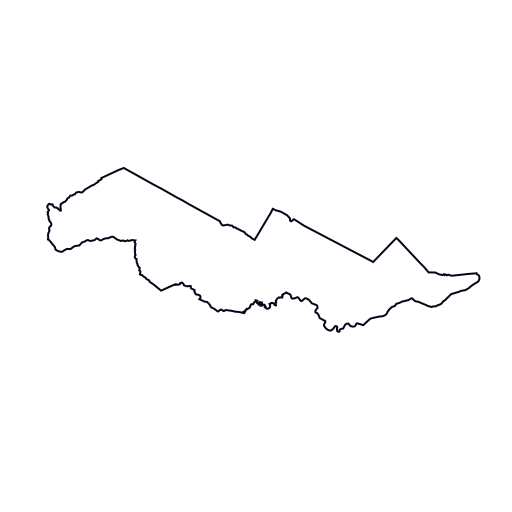 the district of Bakel, Tambacounda, Senegal, rotated 119°
{"feature_id": "50182788B16013842146029", "entity_name": "Bakel", "entity_type": "district", "adm_level": 2, "iso_a3": "SEN", "parent_name": "Senegal", "parent_adm1": "Tambacounda", "projection": "mercator", "projection_center": [-12.18, 14.211], "detail": "fine", "context": "isolated", "style": "outline", "palette": "ink", "viewbox_px": 512, "rotation_deg": 119, "n_neighbors": 0, "source": "geoboundaries", "source_scale": "gbopen_adm2", "svg_char_len": 6095}
<svg xmlns="http://www.w3.org/2000/svg" viewBox="0 0 512 512"><g transform="rotate(119 256 256)"><path d="M342.4,445.9L342.2,445.5L342.5,444.3L345.6,436.4L347.5,434.5L347.7,433.3L347.6,431.2L347.1,429.1L346.2,427.5L344.2,426.6L341.4,424.8L340.2,422.1L339.5,421.4L336.4,420.1L335.6,419.5L334.7,418.7L332.5,415.7L328.2,414.6L326.7,413.1L324.0,411.4L323.5,410.4L323.4,409.2L323.2,408.3L321.3,405.8L319.9,404.7L317.9,404.0L317.6,402.2L318.0,400.2L317.5,399.1L314.8,397.4L312.8,395.2L312.3,394.1L309.4,391.8L308.6,390.8L308.4,389.6L308.8,387.5L308.9,385.2L308.3,381.4L306.8,379.7L306.7,378.0L306.4,377.4L304.6,376.0L304.6,374.9L303.7,373.7L302.1,372.1L300.9,369.1L302.1,369.1L302.7,368.9L303.6,367.3L304.3,367.3L304.7,366.8L305.6,366.7L306.1,366.3L306.6,366.4L307.5,365.8L308.4,365.6L309.1,364.6L310.6,364.3L312.4,362.9L313.1,362.6L313.5,361.8L315.1,361.9L316.3,360.9L316.6,360.1L316.5,359.1L319.8,357.0L320.3,355.9L321.2,355.4L322.5,353.1L322.6,352.2L322.8,351.9L325.0,351.3L325.2,351.1L325.2,350.2L325.9,349.3L327.9,348.9L328.4,348.5L328.4,347.8L327.9,346.1L328.4,345.0L328.6,342.0L329.3,340.3L329.1,337.8L330.1,336.5L330.6,331.5L332.3,322.2L321.9,314.5L320.8,313.5L320.1,313.2L319.7,312.5L320.0,312.1L319.3,311.6L319.3,310.8L318.8,310.1L317.3,308.8L316.6,309.2L316.2,308.9L315.4,308.3L315.1,307.6L315.3,306.7L316.0,305.3L316.5,304.9L316.5,304.2L316.1,302.2L315.4,300.7L314.4,299.6L314.0,298.4L315.7,297.4L315.8,296.0L315.5,293.4L315.6,293.1L317.1,292.7L317.4,291.7L317.8,291.5L318.7,290.1L317.9,287.5L317.8,285.9L318.1,285.3L318.9,284.6L320.0,284.3L321.2,284.6L320.8,278.5L320.4,277.8L319.9,276.5L320.9,273.2L321.7,271.7L322.4,271.0L322.6,269.1L322.4,267.3L323.0,262.7L322.7,262.0L321.3,261.6L319.8,260.7L319.8,257.6L319.6,257.3L319.0,257.2L317.6,255.6L315.7,250.5L314.8,247.3L313.2,243.7L312.0,239.6L311.8,239.8L311.5,239.0L310.7,239.8L310.1,239.4L310.5,239.2L310.2,239.0L310.2,238.9L310.5,238.9L310.6,238.7L309.8,238.4L308.6,238.9L308.0,238.7L307.7,238.4L307.3,238.6L306.7,238.6L306.6,237.9L305.2,236.9L304.7,236.9L304.0,236.4L302.3,236.9L300.5,236.7L299.9,235.5L299.6,235.5L299.3,235.1L297.2,235.1L296.5,234.7L296.2,234.2L295.4,234.5L295.0,234.8L294.9,234.2L295.3,234.0L295.3,233.7L294.7,233.8L294.5,233.2L295.0,233.2L296.0,232.9L296.0,232.7L296.6,232.2L296.7,231.8L296.2,231.1L296.6,231.1L297.1,230.4L296.3,230.1L295.6,230.2L295.4,229.9L294.8,230.1L294.8,230.6L294.6,230.6L294.3,229.8L294.5,229.3L293.8,228.3L294.0,228.1L294.5,228.2L294.5,227.7L294.9,227.5L295.1,227.9L294.9,228.8L295.2,229.0L295.3,228.4L296.0,228.6L296.0,228.2L295.6,228.1L295.8,227.8L296.7,228.0L296.6,228.3L296.3,228.3L296.2,228.9L297.4,228.0L297.1,227.6L296.5,227.5L296.3,226.4L295.1,226.0L294.6,225.1L294.6,224.7L295.0,224.4L295.1,224.0L295.5,223.7L295.6,223.3L296.2,223.6L296.6,223.5L296.6,222.8L296.3,222.6L296.8,221.7L296.7,220.6L295.5,219.4L294.6,219.0L293.5,219.1L292.6,219.6L291.4,220.9L290.8,220.2L290.2,219.9L289.8,220.0L289.2,219.2L288.9,217.7L289.8,216.0L289.6,214.7L289.3,214.7L288.7,215.2L289.1,216.0L288.4,216.4L287.0,215.8L286.6,215.9L286.3,216.6L285.8,216.9L283.0,216.8L281.1,215.9L281.1,215.3L280.2,214.3L279.7,213.1L279.1,213.5L278.7,213.2L278.1,213.3L277.5,214.2L277.1,214.2L276.6,213.7L275.8,213.5L274.2,212.2L273.2,211.9L273.3,210.0L273.0,207.7L273.5,206.7L275.4,204.8L275.7,203.9L275.4,203.0L274.0,201.5L272.1,199.9L271.8,199.4L272.1,198.2L273.6,195.2L273.6,194.8L272.9,194.0L269.3,192.7L268.7,191.5L268.6,188.6L270.3,184.3L269.6,179.1L270.2,178.0L271.5,177.1L273.7,177.3L274.8,177.6L276.2,177.0L276.5,176.6L276.3,174.8L277.1,172.9L279.4,170.2L279.3,164.0L280.0,163.4L282.5,163.3L283.5,163.1L284.4,162.1L285.3,160.0L285.8,157.8L285.6,156.1L285.3,154.9L284.4,154.1L282.6,153.3L278.9,152.7L278.5,152.0L278.4,151.0L278.6,150.6L280.6,149.9L281.8,149.1L282.3,148.4L282.3,147.0L281.5,146.4L280.0,147.0L279.6,146.9L278.7,146.3L277.1,144.6L272.9,144.7L271.2,143.8L270.3,142.4L271.3,140.2L271.3,138.7L270.9,137.1L269.6,135.5L268.9,135.3L266.7,135.4L265.8,134.9L264.5,128.7L255.6,125.7L254.0,124.3L249.1,118.7L247.6,116.4L246.1,115.0L244.4,114.0L243.1,113.7L240.7,113.9L239.5,113.6L238.5,113.7L236.0,112.8L235.1,112.7L232.7,110.6L231.7,110.1L230.4,110.3L229.8,110.1L227.2,107.6L225.1,106.2L221.3,102.0L220.1,101.0L217.7,99.6L217.4,98.3L218.1,96.4L218.3,94.4L217.4,92.1L216.2,80.7L215.5,77.8L213.9,76.2L212.9,74.4L211.3,73.5L210.3,72.4L207.8,70.7L204.9,70.3L203.5,69.4L194.7,66.8L188.7,60.9L187.3,60.0L184.4,56.4L181.3,54.5L176.7,52.7L170.8,49.4L170.0,49.2L168.4,49.3L166.8,49.9L165.2,51.2L164.8,52.9L164.8,54.3L164.6,54.8L164.3,54.9L169.3,62.4L178.1,74.8L178.9,77.1L179.0,78.6L180.4,79.7L180.2,80.3L180.1,80.9L181.3,81.8L180.8,82.4L180.8,82.9L182.1,83.5L182.4,84.0L183.4,87.8L183.3,88.5L183.5,90.1L183.4,90.9L185.7,95.4L186.7,96.9L184.2,103.5L182.3,110.0L172.9,139.1L172.2,142.0L204.4,150.6L206.2,228.4L205.4,240.7L208.6,242.0L208.6,243.3L206.6,244.6L205.3,248.5L205.2,255.6L206.4,260.8L206.6,264.2L210.8,264.0L242.5,265.0L242.6,268.1L241.9,271.0L242.1,272.7L241.7,274.1L241.7,275.6L240.7,277.9L241.0,280.5L241.1,285.5L241.4,286.3L241.0,287.4L241.0,288.0L241.8,289.6L241.1,291.4L241.2,292.2L242.0,293.6L242.1,295.1L242.4,296.1L244.2,298.1L245.4,299.9L245.3,300.8L244.2,303.2L243.1,304.4L243.2,340.1L243.0,346.8L243.2,353.7L243.0,370.4L243.2,380.6L243.1,414.3L247.3,417.8L262.8,429.1L263.3,428.4L264.7,428.8L266.9,430.4L267.7,429.9L270.2,431.4L272.7,432.5L273.7,433.6L280.7,437.7L284.3,438.7L285.2,439.6L285.8,441.9L286.6,442.9L287.7,444.0L289.8,444.3L290.1,444.9L292.1,446.0L293.4,447.8L295.4,447.8L297.1,448.9L298.5,448.7L301.2,449.4L302.6,450.7L303.5,450.8L304.9,451.9L305.8,451.9L306.4,451.3L308.0,450.8L310.6,448.8L311.1,448.8L311.3,449.3L310.8,450.2L310.8,451.9L310.4,452.5L310.5,454.3L311.2,455.7L310.7,457.6L309.5,459.0L310.4,460.2L310.4,461.7L310.7,462.3L313.3,462.8L314.3,462.4L315.7,460.5L316.1,459.4L316.6,459.2L318.7,459.5L319.5,458.5L320.5,458.4L322.4,456.3L323.5,455.8L324.4,454.9L324.5,454.4L325.6,453.6L326.0,452.1L327.4,450.3L329.0,450.0L331.1,450.7L332.9,450.0L333.8,448.9L336.2,448.8L338.6,448.1L340.4,446.7L341.7,446.4L342.4,445.9Z" fill="none" stroke="#020617" stroke-width="2"/></g></svg>